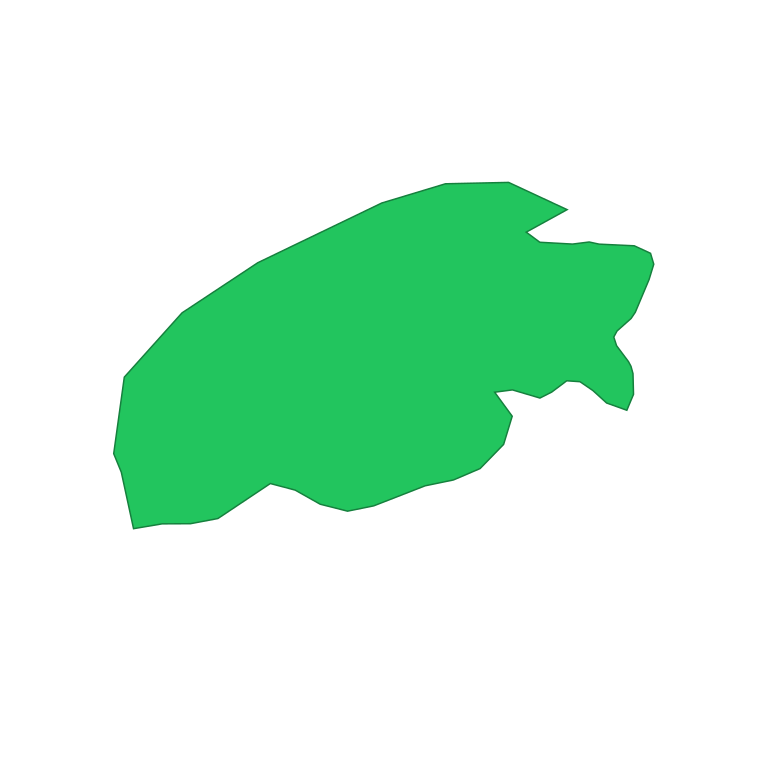 an SVG outline of Guimaras, rotated 221°
{"feature_id": "PHL-2530", "entity_name": "Guimaras", "entity_type": "Province", "adm_level": 1, "iso_a3": "PHL", "parent_name": "Philippines", "parent_adm1": "", "projection": "albers", "projection_center": [122.577, 10.591], "detail": "fine", "context": "isolated", "style": "filled", "palette": "green", "viewbox_px": 768, "rotation_deg": 221, "n_neighbors": 0, "source": "natural_earth", "source_scale": "10m", "svg_char_len": 783}
<svg xmlns="http://www.w3.org/2000/svg" viewBox="0 0 768 768"><g transform="rotate(221 384 384)"><path d="M542.3,154.1L584.5,218.8L583.1,305.2L558.8,392.8L504.4,519.2L469.0,575.4L422.2,617.9L360.2,635.7L376.3,591.9L359.4,593.2L333.5,613.3L322.3,625.8L313.4,630.7L285.8,652.5L268.6,657.5L259.0,651.4L252.5,636.8L241.4,603.0L240.5,595.6L242.9,576.9L241.4,570.2L233.6,565.5L214.2,561.3L209.2,559.4L202.9,555.2L188.9,539.9L183.5,523.5L203.5,515.7L222.1,516.1L237.6,514.3L248.2,506.3L252.1,488.0L257.1,475.7L283.2,463.8L295.1,450.4L266.1,443.8L254.1,416.9L256.0,383.2L268.6,357.2L286.2,334.1L311.8,285.3L328.1,264.1L353.3,251.4L381.5,245.6L404.5,234.3L421.1,173.5L438.4,151.6L459.7,132.9L478.1,110.5L524.4,145.1L542.3,154.1Z" fill="#22c55e" stroke="#15803d" stroke-width="1.5"/></g></svg>